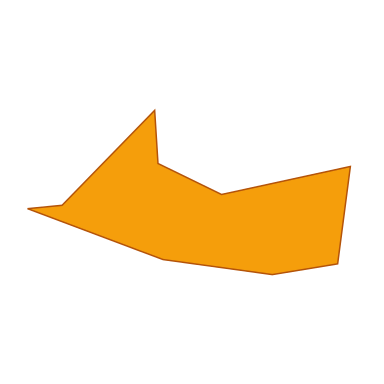 map outline of Anse Royale (Albers equal-area conic projection), rotated 282°
{"feature_id": "SYC-5202", "entity_name": "Anse Royale", "entity_type": "state/province", "adm_level": 1, "iso_a3": "SYC", "parent_name": "Seychelles", "parent_adm1": "", "projection": "albers", "projection_center": [55.515, -4.746], "detail": "fine", "context": "isolated", "style": "filled", "palette": "amber", "viewbox_px": 384, "rotation_deg": 282, "n_neighbors": 0, "source": "natural_earth", "source_scale": "10m", "svg_char_len": 301}
<svg xmlns="http://www.w3.org/2000/svg" viewBox="0 0 384 384"><g transform="rotate(282 192 192)"><path d="M264.1,138.5L212.8,152.8L195.7,221.4L249.9,341.6L152.0,349.4L127.9,287.7L119.9,177.7L123.7,152.3L141.5,34.6L152.0,67.7L264.1,138.5Z" fill="#f59e0b" stroke="#b45309" stroke-width="1.5"/></g></svg>